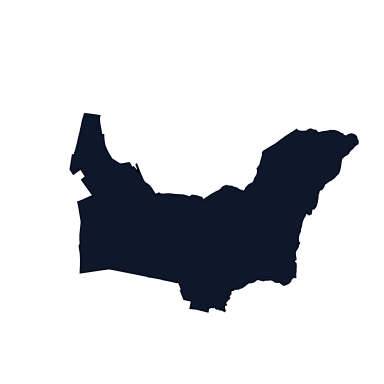 Luizi-Calugara, Bacau, Romania, rotated 205°
{"feature_id": "2599482B12276369319500", "entity_name": "Luizi-Calugara", "entity_type": "district", "adm_level": 2, "iso_a3": "ROU", "parent_name": "Romania", "parent_adm1": "Bacau", "projection": "mercator", "projection_center": [26.83, 46.517], "detail": "fine", "context": "isolated", "style": "filled", "palette": "ink", "viewbox_px": 384, "rotation_deg": 205, "n_neighbors": 0, "source": "geoboundaries", "source_scale": "gbopen_adm2", "svg_char_len": 5897}
<svg xmlns="http://www.w3.org/2000/svg" viewBox="0 0 384 384"><g transform="rotate(205 192 192)"><path d="M62.1,305.9L62.5,306.6L63.0,308.2L63.9,309.0L64.8,309.5L65.1,309.9L65.7,310.6L66.1,311.3L66.9,311.9L67.4,311.4L67.7,312.0L68.1,312.2L69.7,312.4L70.5,312.2L71.2,312.0L72.5,311.7L73.9,310.4L74.4,309.9L75.2,308.4L75.4,308.1L76.1,307.7L77.9,307.3L78.9,307.3L79.3,307.4L79.6,307.7L79.6,307.9L79.8,308.2L80.1,308.3L80.8,308.1L81.1,307.9L83.2,308.1L85.1,308.2L86.6,308.1L88.5,307.8L91.9,306.4L93.1,305.7L93.2,305.3L99.8,301.1L101.9,299.2L102.7,299.0L103.6,299.1L104.3,299.3L105.5,300.0L106.1,300.0L107.4,299.5L108.0,299.3L110.5,299.2L111.2,299.0L112.4,297.9L113.0,297.2L113.6,295.8L114.2,295.2L116.2,294.1L118.8,292.9L121.2,292.3L122.1,292.2L123.6,292.8L126.0,288.6L126.9,287.7L128.1,285.5L130.9,281.1L132.0,278.8L133.6,276.2L135.0,273.4L136.4,270.8L138.0,268.5L141.3,263.7L142.6,261.6L144.0,259.8L144.6,258.0L144.4,257.0L143.5,255.4L143.3,254.7L143.2,253.7L142.6,249.5L141.8,245.5L141.9,244.3L142.7,240.9L141.5,239.3L141.2,238.6L140.6,236.8L140.3,235.7L140.3,234.6L140.7,231.4L140.7,230.2L140.4,229.3L140.5,227.1L140.6,226.1L142.4,223.9L143.3,222.6L143.9,221.4L144.2,220.2L144.7,218.9L144.8,217.9L144.7,216.2L145.0,215.6L144.9,214.9L145.0,214.5L150.2,213.9L153.2,214.4L153.6,214.1L155.0,214.2L155.3,213.8L156.6,213.7L158.0,214.0L159.1,213.6L159.8,213.0L160.8,213.0L162.3,212.4L163.4,212.4L163.5,212.1L165.3,210.6L166.0,209.5L166.6,208.3L166.7,207.2L166.9,206.4L167.8,205.4L168.3,204.1L169.5,203.1L173.5,197.4L178.7,189.0L180.0,190.2L180.4,190.8L181.1,191.0L184.6,190.4L185.9,190.5L186.0,190.0L187.2,190.0L188.1,189.6L189.3,189.4L190.6,188.9L192.1,186.0L193.0,186.2L195.6,186.0L197.7,185.4L198.0,185.7L205.2,182.8L208.9,181.5L209.9,181.3L212.5,180.2L214.4,179.3L216.0,178.2L220.4,176.3L219.8,177.1L220.5,176.6L220.8,176.7L220.8,177.0L221.2,177.1L223.2,175.2L223.9,174.4L224.1,174.0L230.2,178.1L233.0,179.5L235.2,180.1L238.9,180.6L241.6,182.3L247.7,187.8L253.9,193.7L254.1,193.2L251.3,190.5L250.8,189.8L249.8,187.0L251.2,187.9L255.5,190.0L256.2,188.4L261.0,191.9L263.6,190.4L264.8,189.3L268.3,187.1L269.1,186.9L271.9,187.1L276.0,187.7L278.4,187.9L280.0,188.8L280.9,189.5L283.7,191.3L287.1,194.0L289.7,196.2L291.0,197.6L292.2,199.2L293.3,200.9L295.1,204.0L296.4,206.5L299.1,205.7L299.2,207.3L304.8,215.2L306.0,217.2L307.3,219.8L307.8,222.1L312.3,220.8L322.2,217.7L322.3,217.2L321.6,212.2L321.0,209.1L319.9,204.6L319.6,202.9L318.7,199.3L317.9,195.2L317.2,191.8L316.1,186.8L314.9,180.0L314.7,177.7L314.4,176.6L314.0,175.9L313.8,175.7L315.9,175.1L311.9,161.1L307.1,158.1L302.7,166.0L294.7,161.0L297.1,156.5L279.9,146.8L282.0,145.0L288.0,137.9L291.2,134.7L288.4,131.1L283.9,124.5L280.3,119.3L279.4,117.7L275.1,105.4L273.8,102.8L273.7,102.3L271.3,98.0L271.3,97.5L271.4,95.7L269.2,92.2L267.7,90.1L265.9,86.9L264.4,84.0L260.9,76.3L260.8,75.7L259.7,73.1L259.0,71.6L241.0,83.5L235.1,87.3L233.4,87.9L208.2,94.1L197.0,96.8L195.3,96.9L195.4,97.1L185.7,99.6L182.1,100.5L182.0,100.3L173.8,102.3L172.6,102.5L171.6,102.8L171.2,103.2L170.8,103.3L170.6,102.9L167.0,103.9L165.4,104.2L160.0,99.0L160.6,98.2L160.7,97.9L154.0,91.4L149.2,92.4L146.3,93.2L144.5,85.8L138.6,87.9L127.0,90.1L127.3,91.6L128.2,93.5L127.6,93.9L125.7,95.7L124.1,96.3L124.2,97.2L122.2,97.2L121.2,96.6L120.5,96.4L120.1,96.5L119.7,97.0L119.0,97.0L118.6,97.4L118.1,97.5L117.8,97.2L117.3,97.0L116.6,97.1L116.2,97.3L115.6,97.8L115.1,98.0L114.5,97.7L112.0,97.6L112.0,98.8L113.9,98.6L114.0,98.8L113.4,99.5L113.3,99.9L114.8,102.6L114.7,103.0L114.4,103.4L113.6,103.7L113.3,104.0L113.2,104.2L113.3,104.4L113.5,104.6L114.5,104.8L114.7,105.0L114.9,106.0L114.9,106.5L114.6,107.1L113.9,109.9L113.6,110.7L113.2,111.0L113.1,111.5L113.2,111.8L113.6,111.9L114.7,111.5L114.9,111.6L114.9,112.0L114.4,112.8L114.4,113.0L114.5,113.7L114.2,114.9L113.8,116.3L114.5,117.1L115.1,118.4L114.6,118.9L114.5,119.2L114.6,119.5L114.9,119.7L114.9,119.9L114.3,119.8L113.4,120.2L113.1,120.4L113.3,120.6L113.9,120.8L114.0,121.1L113.9,121.6L113.6,121.9L113.3,122.0L112.9,122.0L112.5,121.8L112.1,121.9L111.9,122.2L111.0,122.8L110.6,122.9L110.1,123.4L109.4,123.4L108.9,123.7L108.7,124.0L109.0,124.7L108.5,125.1L107.8,125.1L107.2,125.6L106.8,126.4L106.0,126.8L104.9,129.1L104.4,129.5L104.1,130.4L102.5,133.7L101.6,134.3L100.4,134.7L97.6,137.3L96.9,139.0L95.9,140.5L94.6,141.0L92.4,141.3L89.8,141.9L88.8,143.0L86.1,144.3L84.0,145.6L82.2,146.2L80.8,146.1L78.6,145.6L77.6,146.1L76.7,146.1L76.2,146.5L74.8,147.3L69.6,146.4L68.5,147.1L66.6,149.3L65.8,150.4L65.0,152.9L65.3,153.5L65.3,154.8L64.7,156.3L64.0,157.9L63.6,158.5L62.8,158.1L62.5,158.5L61.7,158.0L63.4,161.0L63.8,162.1L64.3,163.8L65.6,166.7L66.3,168.7L67.6,171.0L70.2,172.0L70.1,173.7L69.4,175.0L70.2,176.0L71.3,177.8L72.2,179.1L72.8,180.3L73.0,181.0L73.3,182.9L73.0,183.9L72.8,185.4L72.7,187.4L73.5,189.4L74.2,190.2L73.0,190.6L73.3,191.4L74.3,191.2L75.0,192.7L75.4,193.2L76.9,196.6L77.3,199.1L77.4,200.2L77.2,201.4L77.4,202.3L77.9,203.3L78.3,204.4L78.4,205.0L78.3,206.1L78.6,207.4L79.7,211.1L79.9,214.7L79.9,215.6L79.6,217.3L79.6,218.4L79.7,219.3L80.0,220.1L79.7,222.6L79.3,222.5L79.4,221.6L79.3,221.2L79.1,221.1L77.9,221.7L77.6,221.3L77.2,221.1L77.1,220.8L76.5,220.9L76.4,221.3L76.0,221.2L75.8,221.5L75.8,221.9L75.8,222.1L74.9,222.6L75.2,222.9L75.3,224.3L75.6,225.0L76.1,226.3L76.1,226.7L76.4,227.3L75.4,227.7L74.3,228.4L74.2,228.8L74.1,229.7L73.9,230.0L73.8,230.4L73.9,233.1L74.1,233.8L74.4,235.9L75.2,238.3L75.5,239.6L77.1,243.7L76.9,244.2L77.2,244.2L77.1,245.8L77.8,246.2L77.2,247.4L76.2,248.9L75.8,249.2L75.5,249.2L75.0,251.6L75.0,252.6L75.1,255.6L74.3,256.5L72.9,259.2L71.1,261.6L70.4,262.8L69.0,265.7L68.3,268.2L67.9,269.0L67.3,270.7L67.3,271.2L67.4,273.5L68.0,276.3L68.5,278.1L69.0,280.0L69.8,282.4L70.6,285.2L70.4,286.3L69.9,287.1L69.4,288.5L67.0,292.1L66.6,293.0L66.7,294.4L66.4,295.6L66.3,296.6L65.2,298.7L64.8,299.6L64.3,302.0L64.0,302.8L62.8,304.9L62.1,305.9Z" fill="#0f172a" stroke="#020617" stroke-width="1.5"/></g></svg>